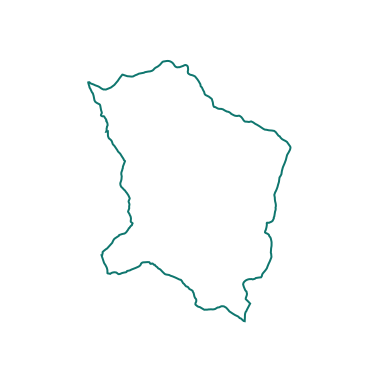 Floresta, Boyacá, Colombia, rotated 159°
{"feature_id": "7082276B22631995474400", "entity_name": "Floresta", "entity_type": "district", "adm_level": 2, "iso_a3": "COL", "parent_name": "Colombia", "parent_adm1": "Boyacá", "projection": "orthographic", "projection_center": [-72.912, 5.862], "detail": "fine", "context": "isolated", "style": "outline", "palette": "teal", "viewbox_px": 384, "rotation_deg": 159, "n_neighbors": 0, "source": "geoboundaries", "source_scale": "gbopen_adm2", "svg_char_len": 6036}
<svg xmlns="http://www.w3.org/2000/svg" viewBox="0 0 384 384"><g transform="rotate(159 192 192)"><path d="M249.5,296.3L249.5,296.1L249.4,295.7L249.0,295.2L248.4,294.7L247.5,294.5L247.1,294.2L246.9,293.7L246.6,291.9L246.3,291.0L246.2,290.4L246.3,288.8L246.6,288.8L246.3,286.9L246.6,285.3L247.0,284.3L247.9,283.6L248.3,282.8L248.8,282.1L249.2,281.4L249.4,280.4L250.5,279.1L248.8,278.8L250.2,275.0L250.4,274.2L250.4,272.2L250.2,271.6L249.4,270.3L248.8,268.9L248.7,267.5L248.8,265.2L248.7,264.7L247.9,262.8L246.7,257.6L246.6,256.4L245.3,253.5L244.6,249.8L244.1,247.6L244.1,246.4L244.0,246.0L243.5,245.1L243.5,244.8L247.0,240.9L247.5,240.3L248.1,239.0L248.9,238.2L249.1,237.7L250.9,235.6L251.6,234.1L252.0,231.8L252.4,231.0L253.2,229.3L254.0,228.1L255.4,226.4L255.8,225.9L256.3,224.3L256.3,223.1L256.1,221.8L255.6,221.0L254.6,218.4L254.1,217.6L253.6,215.6L253.2,214.5L252.9,213.1L252.6,211.8L252.4,208.6L252.5,208.2L254.5,206.1L254.7,205.2L254.7,203.7L254.8,203.0L255.0,202.5L255.8,201.2L256.2,200.1L256.5,199.2L258.5,196.9L258.7,196.6L258.7,196.0L258.3,194.1L258.3,192.8L258.1,191.2L258.4,189.4L258.7,188.6L259.6,186.9L259.8,186.2L259.7,185.9L258.7,184.1L258.8,184.0L260.1,182.5L260.5,182.5L261.4,182.1L262.1,181.8L262.5,181.4L263.5,180.8L264.0,180.8L264.3,180.5L264.9,179.9L267.8,178.0L269.3,177.5L269.9,177.4L272.3,177.8L275.4,177.9L276.0,177.3L280.6,176.3L281.8,175.8L282.8,175.0L283.8,174.1L284.6,173.2L290.1,170.4L291.5,169.7L293.0,169.4L295.8,168.5L297.0,167.9L297.4,166.8L298.1,165.9L298.5,165.2L298.9,165.1L299.1,165.2L299.2,163.9L299.5,157.6L299.4,156.6L299.0,154.9L298.7,152.0L298.8,150.7L299.0,149.4L300.0,146.6L299.6,146.0L299.2,145.8L298.5,145.5L297.8,144.9L297.3,145.0L296.6,145.2L295.3,145.3L293.6,145.0L292.6,144.6L291.6,144.0L291.2,143.5L290.4,142.1L289.9,141.6L288.7,141.3L286.3,141.4L284.1,141.1L282.6,140.8L281.9,140.8L281.1,141.4L280.7,141.5L279.0,141.2L277.7,141.1L276.4,141.3L272.0,141.3L268.4,141.5L266.8,142.0L265.9,142.6L265.2,143.4L264.2,143.8L263.6,143.9L262.8,143.8L260.3,143.0L258.9,142.6L257.2,141.9L256.9,141.5L256.8,141.2L256.8,140.8L256.7,140.2L256.1,139.6L255.0,139.6L254.4,139.3L253.7,137.9L253.5,137.6L252.9,137.4L252.8,137.1L252.5,136.0L251.4,134.3L250.9,132.8L249.7,131.5L249.2,130.7L248.1,128.0L247.2,126.1L246.9,125.4L246.3,124.7L245.3,124.0L243.2,122.8L241.9,121.4L240.4,120.2L238.1,118.0L236.2,116.0L235.1,114.8L233.9,114.0L233.8,113.7L233.4,112.7L233.0,110.1L232.3,108.9L231.7,106.9L231.4,106.3L231.2,105.9L230.6,105.5L229.8,104.6L229.2,102.4L227.6,100.6L226.9,99.5L226.9,98.1L226.7,97.1L227.2,93.6L227.1,92.0L226.6,90.6L226.6,90.2L226.8,89.4L227.0,88.8L227.6,87.9L228.6,87.0L229.1,85.8L229.0,85.4L228.8,85.0L227.6,83.0L226.4,82.0L225.9,81.7L223.0,78.0L222.7,77.7L219.6,76.6L218.5,76.4L217.7,76.1L216.3,75.7L215.1,75.1L214.2,74.8L213.3,74.6L212.3,74.5L209.6,75.0L208.0,74.6L206.0,74.8L205.1,74.7L204.0,74.2L203.2,73.8L202.3,72.7L201.6,71.8L201.2,70.9L200.4,68.8L199.9,67.2L197.5,63.8L195.9,61.7L193.9,59.6L193.3,58.8L192.7,57.2L192.0,56.7L191.6,56.3L190.4,53.8L189.9,53.0L189.1,52.5L187.5,56.1L186.7,58.1L186.0,59.4L185.0,60.7L184.1,61.2L182.8,62.5L177.7,67.0L178.9,69.9L180.2,72.7L179.9,73.6L178.0,75.8L177.2,77.1L176.8,79.6L177.2,80.3L177.5,81.4L177.6,85.1L177.4,87.4L176.7,88.5L175.4,89.5L174.0,90.0L172.8,90.3L170.9,90.3L169.7,90.1L167.4,89.3L166.7,88.7L165.3,88.5L164.2,88.5L163.2,88.8L160.3,88.2L158.1,87.6L157.1,88.3L156.2,89.6L155.3,90.5L151.8,92.4L149.5,93.9L148.2,95.4L146.1,97.6L144.2,99.4L141.8,102.0L141.1,102.9L140.2,106.1L140.2,107.0L138.3,111.1L137.1,113.1L136.6,114.3L135.7,116.6L135.5,117.6L135.1,120.3L135.1,121.5L135.6,122.9L135.6,124.6L136.4,125.9L138.0,127.5L138.3,128.1L137.8,129.1L136.6,130.3L135.1,132.4L133.9,134.5L133.4,136.1L133.0,136.4L132.4,136.2L131.2,135.7L128.4,135.8L127.1,136.2L125.1,138.0L124.8,138.9L124.0,139.6L121.5,143.9L120.4,145.3L119.8,146.5L119.7,147.3L118.9,148.5L118.4,149.7L118.0,151.4L117.7,153.7L117.2,155.7L116.7,157.1L116.2,159.8L114.4,162.0L113.8,162.4L112.0,164.2L110.5,165.9L109.0,168.0L107.2,170.3L105.1,174.2L103.7,175.2L102.2,176.5L100.5,179.5L98.3,182.5L95.2,185.7L92.9,188.3L90.1,192.3L89.2,193.1L87.4,194.5L85.3,196.4L84.2,198.0L84.0,199.2L85.4,204.7L86.3,206.0L88.1,208.0L89.1,209.3L89.9,211.2L90.1,212.4L91.1,213.6L92.4,218.0L93.4,219.6L95.3,220.7L98.2,222.1L100.0,223.3L101.7,224.2L102.7,225.3L105.5,229.3L107.3,231.6L108.5,232.9L109.8,234.9L110.8,236.0L111.5,236.7L113.4,236.9L114.0,237.1L115.6,238.0L116.6,238.4L117.5,239.0L118.1,240.3L118.5,242.3L119.1,244.3L120.1,245.8L120.7,246.4L122.6,246.8L123.7,247.3L124.9,248.1L127.4,250.9L127.8,252.0L128.6,253.1L129.4,253.9L130.7,254.7L132.3,256.5L133.4,258.0L134.7,259.0L137.0,260.0L138.0,260.7L139.8,262.9L140.8,263.4L141.1,264.4L141.0,265.9L140.4,268.4L140.4,269.1L140.2,271.4L140.3,272.0L142.1,275.0L144.6,277.7L144.8,278.2L145.0,278.8L145.0,279.9L144.8,280.9L145.1,283.1L145.3,286.1L145.9,287.4L146.0,287.9L145.7,288.9L145.6,289.8L146.1,293.1L146.6,295.3L147.7,298.7L148.8,300.0L150.1,301.1L151.6,302.1L152.6,303.3L153.1,304.3L152.9,305.7L151.7,307.8L151.2,309.5L151.0,310.8L151.3,311.7L152.3,312.8L153.6,313.1L154.8,312.9L158.9,313.0L160.1,313.4L161.2,313.7L162.0,314.4L162.6,315.1L163.0,316.3L163.3,317.8L163.9,319.6L164.8,320.9L165.5,321.7L166.7,322.6L167.8,323.1L168.8,323.4L172.2,324.1L173.2,323.9L176.4,322.2L179.0,321.4L181.5,321.1L183.0,320.6L184.0,320.0L184.9,319.7L185.9,319.5L187.7,319.6L189.6,320.1L192.8,320.7L194.3,320.6L199.2,321.5L201.0,321.3L203.2,321.3L205.5,321.0L206.8,321.3L210.9,323.3L213.7,325.6L214.5,326.3L215.0,326.5L218.2,324.6L220.3,323.2L221.2,322.5L226.1,319.8L230.3,318.6L235.6,318.5L238.0,319.5L239.4,321.0L240.9,323.3L241.9,324.4L244.0,326.2L245.3,327.6L246.8,328.9L247.6,329.6L247.9,330.0L248.2,330.8L248.7,331.4L249.6,331.5L249.8,330.4L250.0,327.4L250.2,326.2L249.9,324.5L249.7,321.4L249.5,320.3L249.2,319.7L249.3,318.5L249.4,317.1L250.2,312.5L250.1,311.7L249.9,310.7L248.8,309.1L246.9,307.0L246.7,306.4L246.7,305.6L247.6,300.7L247.6,299.7L247.8,298.2L248.0,297.9L249.2,296.8L249.5,296.3Z" fill="none" stroke="#0f766e" stroke-width="2"/></g></svg>